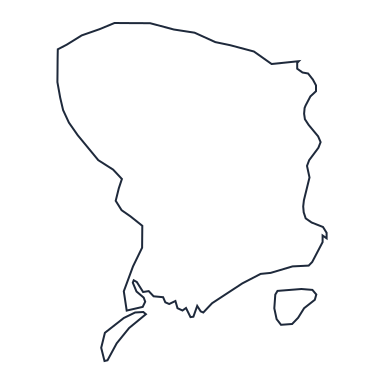 outline of Paechon, Hwanghae-namdo, North Korea
{"feature_id": "82179303B51934598994225", "entity_name": "Paechon", "entity_type": "district", "adm_level": 2, "iso_a3": "PRK", "parent_name": "North Korea", "parent_adm1": "Hwanghae-namdo", "projection": "orthographic", "projection_center": [126.283, 37.948], "detail": "fine", "context": "isolated", "style": "outline", "palette": "slate", "viewbox_px": 384, "rotation_deg": 0, "n_neighbors": 0, "source": "geoboundaries", "source_scale": "gbopen_adm2", "svg_char_len": 1529}
<svg xmlns="http://www.w3.org/2000/svg" viewBox="0 0 384 384"><path d="M305.6,105.5L310.4,96.4L316.0,91.2L316.0,85.4L312.9,79.6L308.1,73.5L302.5,72.5L297.2,68.7L297.2,62.9L298.8,61.2L271.6,64.0L253.9,51.5L230.2,45.2L215.3,42.1L194.6,32.7L173.8,29.5L150.1,23.2L129.3,23.1L114.5,23.0L99.5,29.2L81.7,35.4L66.7,44.7L57.8,49.3L57.7,54.0L57.6,60.2L57.5,72.7L57.4,82.1L60.2,97.7L63.1,110.1L68.9,122.6L77.7,135.2L98.3,160.2L113.1,169.6L121.9,179.0L118.8,188.3L115.7,200.8L121.6,210.2L130.5,216.4L142.3,225.8L142.1,247.7L133.0,266.4L123.8,291.3L126.7,310.6L128.3,310.2L142.7,306.9L145.2,301.7L143.7,297.6L136.5,291.5L132.8,282.7L133.7,280.3L136.8,282.0L143.1,292.0L148.7,291.1L153.6,296.3L163.1,297.2L165.3,302.3L169.2,304.0L175.4,301.0L177.5,308.2L182.5,310.5L186.0,308.0L190.5,317.1L193.4,316.7L197.2,305.9L200.7,311.4L203.3,312.5L208.1,307.4L212.1,303.2L242.3,283.4L260.6,273.9L270.6,272.9L292.5,266.4L308.7,265.6L312.2,262.0L322.3,242.7L322.6,242.1L322.6,235.5L326.6,238.3L326.6,232.8L323.0,227.0L311.6,222.5L305.7,218.4L303.7,212.3L303.2,206.5L303.9,200.3L309.5,177.5L307.0,165.9L309.2,160.1L318.4,147.8L320.6,142.1L318.1,136.3L308.7,125.0L304.9,119.2L304.1,113.7L304.6,108.0L305.6,105.5ZM292.1,324.0L298.1,317.8L304.1,308.2L314.8,299.8L316.3,294.5L312.4,289.9L301.4,289.0L277.5,290.9L275.3,294.6L274.3,308.3L276.6,319.1L281.0,324.8L292.1,324.0ZM107.5,360.3L116.7,343.3L129.1,328.0L145.9,314.2L143.3,312.0L135.1,312.5L123.8,318.0L104.9,332.8L101.2,347.8L104.5,361.0L107.5,360.3Z" fill="none" stroke="#1e293b" stroke-width="2"/></svg>